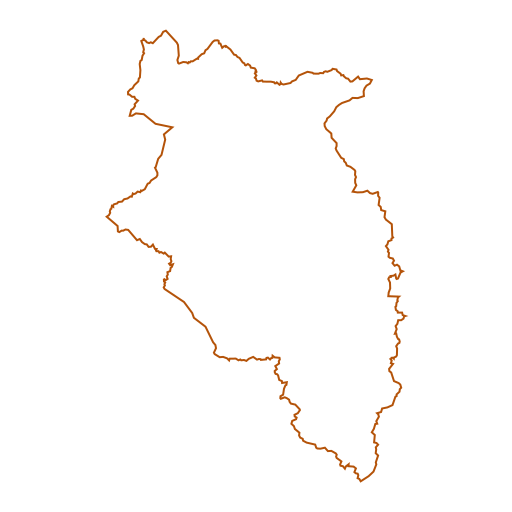 Alto Molocue, Zambezia, Mozambique (Albers equal-area conic projection)
{"feature_id": "85939544B55280380491119", "entity_name": "Alto Molocue", "entity_type": "district", "adm_level": 2, "iso_a3": "MOZ", "parent_name": "Mozambique", "parent_adm1": "Zambezia", "projection": "albers", "projection_center": [37.642, -15.703], "detail": "fine", "context": "isolated", "style": "outline", "palette": "amber", "viewbox_px": 512, "rotation_deg": 0, "n_neighbors": 0, "source": "geoboundaries", "source_scale": "gbopen_adm2", "svg_char_len": 5989}
<svg xmlns="http://www.w3.org/2000/svg" viewBox="0 0 512 512"><path d="M247.9,64.0L245.8,65.4L245.0,65.0L244.3,63.3L242.7,62.5L239.5,57.9L237.5,57.0L235.9,55.0L234.1,54.7L230.4,49.5L226.8,46.7L225.9,46.8L225.8,45.1L225.4,46.2L224.1,46.2L222.2,47.8L220.4,43.6L218.9,43.4L218.6,40.8L217.5,40.3L214.5,40.5L212.7,41.9L207.4,49.0L205.5,50.2L204.2,53.3L201.7,54.2L198.1,57.6L198.1,58.8L196.8,58.7L192.7,61.3L190.8,61.3L189.7,62.5L188.7,62.1L187.9,63.3L186.4,62.3L183.2,62.0L179.0,63.6L178.2,63.1L177.4,60.0L178.8,55.7L178.0,45.0L176.8,42.6L165.9,30.7L163.2,31.8L161.0,35.7L158.7,36.9L152.8,43.2L150.8,42.3L149.1,43.1L146.8,42.3L145.4,40.5L143.9,40.1L143.7,38.0L143.5,39.7L141.3,41.0L143.2,46.4L143.9,49.5L143.2,52.2L144.1,53.2L142.5,55.7L141.7,60.0L140.4,60.9L139.7,64.0L140.4,70.2L139.9,77.5L138.8,78.5L138.3,81.4L134.3,85.2L132.5,88.3L130.3,89.4L128.0,91.9L128.1,94.4L129.5,94.6L132.1,96.8L134.4,96.8L135.2,98.8L138.0,100.6L134.6,104.3L135.1,106.0L133.3,108.7L131.3,109.8L129.7,115.8L132.2,115.7L135.9,113.4L143.7,114.2L155.5,123.8L172.3,127.3L163.9,134.4L165.2,139.6L161.5,154.9L158.2,158.8L155.7,167.1L155.0,167.7L157.4,172.7L157.4,175.3L156.3,177.1L151.1,180.5L149.5,183.0L147.7,183.7L144.8,189.2L141.8,190.9L141.0,190.5L140.3,192.2L137.6,191.6L135.6,193.5L133.7,194.1L132.8,193.5L131.8,196.7L130.5,196.4L127.5,198.5L124.2,199.2L122.0,201.6L118.3,202.0L117.2,203.4L114.0,204.3L113.1,205.3L113.2,206.7L111.9,205.9L111.3,208.8L110.5,209.2L109.8,211.4L110.2,212.8L108.9,215.2L106.7,216.7L117.6,226.0L117.9,231.4L119.3,232.1L121.7,230.6L123.1,230.7L125.5,229.5L128.2,229.9L137.0,240.2L139.8,239.0L142.0,242.1L144.8,244.1L146.8,244.4L148.6,246.9L151.0,246.7L152.9,244.6L155.0,248.9L156.6,249.0L156.0,250.5L156.4,251.2L158.5,251.2L159.4,252.7L161.0,252.0L163.7,253.6L164.8,252.6L168.7,256.6L171.1,256.3L170.7,259.1L171.4,261.2L170.7,262.8L169.1,263.7L170.2,265.2L172.9,264.3L171.8,267.0L170.6,267.9L170.1,271.1L167.4,272.2L167.8,274.6L166.7,276.3L167.6,278.9L165.6,280.2L164.4,279.2L163.9,279.5L164.0,281.5L165.2,282.6L164.4,284.2L164.9,285.4L163.7,287.4L164.6,289.0L184.0,302.0L192.2,313.0L193.9,317.8L205.5,326.7L213.1,342.3L215.4,345.0L216.0,348.2L213.9,352.7L214.7,354.1L219.7,357.2L223.1,356.9L227.0,358.3L229.1,360.4L229.6,358.7L235.8,358.6L238.5,360.3L240.3,359.5L241.2,360.3L244.0,360.0L246.4,360.9L248.8,358.8L253.2,356.9L257.0,359.6L258.9,359.0L260.6,359.2L260.9,359.9L266.1,359.4L266.5,357.9L267.9,357.6L270.0,359.5L271.2,358.1L272.4,357.9L272.6,355.7L274.7,357.4L279.5,357.8L279.8,359.3L278.8,361.3L279.1,363.5L275.3,366.1L276.9,369.1L274.7,371.0L274.8,372.4L275.6,373.9L277.1,374.2L278.1,375.4L279.2,379.9L281.9,381.1L282.1,383.0L286.8,382.2L286.4,384.9L285.4,385.4L284.0,388.7L283.1,394.7L280.5,396.2L280.3,398.2L280.8,398.8L284.7,397.3L286.7,398.1L289.1,399.7L289.6,401.8L290.9,403.6L295.3,404.6L299.7,409.3L299.9,410.1L297.8,413.2L294.5,414.8L294.7,416.4L296.6,417.6L296.1,419.2L292.2,420.9L291.4,423.8L293.9,426.1L294.9,429.0L299.4,432.7L299.1,435.5L300.2,437.6L302.7,438.8L303.1,440.7L306.6,442.6L315.2,444.6L316.2,447.7L317.3,448.5L320.4,448.7L324.9,447.7L327.9,451.1L331.4,450.9L335.8,453.4L336.7,454.7L336.1,456.6L336.7,458.0L341.4,461.4L340.1,464.5L340.5,465.7L342.9,466.2L344.9,468.7L345.9,466.4L348.6,464.3L348.4,466.2L353.6,466.6L355.9,468.4L354.4,472.1L355.8,473.3L357.7,473.7L358.3,475.2L357.6,478.2L359.3,478.9L360.7,481.3L368.6,476.2L373.5,471.6L376.3,464.4L375.8,462.4L378.1,455.5L375.7,453.2L376.2,449.4L375.8,447.3L378.1,444.7L376.5,443.0L374.1,442.4L374.8,435.0L371.8,432.3L373.9,428.8L375.3,424.0L377.2,423.7L376.3,421.2L378.9,416.7L378.3,414.4L377.1,413.2L381.1,412.0L382.1,408.5L387.4,407.4L392.5,405.1L395.4,396.7L396.6,396.1L396.6,394.4L399.5,391.7L399.8,389.2L401.2,387.7L400.3,384.6L398.7,383.1L394.0,381.1L391.2,372.5L389.4,371.2L389.1,368.9L393.0,363.9L390.9,363.2L391.7,360.6L390.5,359.1L391.3,358.8L391.5,357.8L392.9,357.7L393.8,358.6L393.9,357.6L396.2,356.5L396.9,355.2L397.1,348.5L396.2,346.2L398.0,343.6L399.4,342.9L399.7,341.5L399.1,339.4L398.1,339.0L396.9,336.7L396.2,333.5L394.9,333.7L396.7,329.1L395.6,326.1L397.4,323.8L398.2,320.2L401.2,320.2L403.5,318.6L404.1,316.4L405.3,316.0L402.7,315.1L402.1,312.6L397.8,312.6L397.7,311.3L395.9,309.9L395.4,306.9L396.2,306.1L396.5,302.9L397.8,301.1L397.3,300.2L398.0,297.4L398.9,296.6L388.3,296.2L388.7,292.5L390.2,288.5L390.0,282.5L388.3,279.0L389.1,277.3L390.9,276.9L390.6,276.0L393.5,275.7L395.4,274.5L396.2,278.5L396.7,279.0L398.0,278.5L400.5,272.6L402.8,271.3L401.1,270.6L400.6,271.3L399.2,266.4L397.0,264.7L394.6,265.7L392.5,263.1L394.0,260.7L392.8,258.5L389.8,257.8L388.5,256.7L389.0,252.9L387.9,251.6L388.5,249.8L385.9,246.1L387.4,244.4L388.3,241.3L391.5,240.1L391.5,238.5L393.1,237.5L392.3,236.3L391.8,224.2L385.9,219.6L384.5,217.2L385.3,211.3L381.2,210.1L380.7,206.9L378.6,205.0L379.6,197.8L378.1,195.8L378.2,192.5L377.8,192.0L372.7,193.8L370.0,193.1L367.4,190.7L362.9,192.2L357.5,192.4L352.7,191.7L356.3,185.3L355.2,182.9L355.1,179.2L356.0,177.1L355.0,174.9L355.3,171.2L354.5,169.9L350.4,166.8L346.8,165.5L345.7,162.7L344.2,161.4L343.8,159.1L341.2,157.8L336.5,150.5L335.7,148.4L336.6,146.1L336.6,143.1L331.6,137.8L331.3,133.5L326.3,129.2L324.7,126.1L324.5,123.4L326.6,120.6L327.1,118.5L329.8,116.4L334.2,111.3L336.3,107.2L339.0,104.9L342.0,103.0L349.5,100.4L352.5,97.9L357.8,98.1L363.9,96.1L363.6,91.3L364.6,88.3L366.5,85.6L369.9,83.6L371.8,80.0L366.9,78.5L359.9,79.2L358.1,76.6L352.4,81.4L350.4,81.6L348.1,78.7L346.2,78.3L343.9,76.3L343.4,75.1L341.2,75.4L340.6,73.7L337.1,71.1L336.5,69.5L332.6,68.8L331.6,70.1L327.3,71.8L325.7,71.3L324.0,71.9L323.2,73.2L320.2,73.0L318.5,73.7L313.5,73.6L312.6,72.8L307.5,71.8L298.8,75.5L295.7,79.9L292.0,81.4L290.5,83.0L283.5,84.5L281.6,83.9L280.7,82.6L280.5,84.1L279.5,84.8L276.8,82.4L275.8,83.4L274.7,83.3L274.2,82.3L271.0,81.7L262.9,81.6L262.1,80.4L258.2,81.4L256.6,80.7L255.9,78.5L254.8,77.7L256.4,75.5L254.9,73.4L256.5,71.9L256.3,71.3L255.5,71.5L255.8,69.8L254.7,68.3L250.8,67.6L250.1,65.6L247.9,64.0Z" fill="none" stroke="#b45309" stroke-width="2"/></svg>